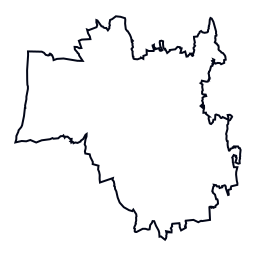 Re nor, Vestfold, Norway
{"feature_id": "86288312B25066460859021", "entity_name": "Re nor", "entity_type": "district", "adm_level": 2, "iso_a3": "NOR", "parent_name": "Norway", "parent_adm1": "Vestfold", "projection": "mercator", "projection_center": [10.283, 59.393], "detail": "fine", "context": "isolated", "style": "outline", "palette": "ink", "viewbox_px": 256, "rotation_deg": 0, "n_neighbors": 0, "source": "geoboundaries", "source_scale": "gbopen_adm2", "svg_char_len": 5769}
<svg xmlns="http://www.w3.org/2000/svg" viewBox="0 0 256 256"><path d="M15.4,142.4L21.7,141.0L26.3,141.3L30.3,140.0L36.2,142.5L41.7,140.3L50.0,139.2L52.5,138.1L53.5,138.7L58.2,138.3L60.6,136.2L62.7,136.1L63.4,135.5L63.7,136.4L65.0,136.6L64.5,137.2L64.7,137.6L65.2,136.8L67.6,136.7L70.2,139.0L71.6,138.9L71.4,140.4L70.4,141.3L71.1,141.7L71.3,142.5L72.3,141.6L73.0,142.0L73.5,143.2L75.2,142.5L77.6,142.9L80.6,141.5L80.8,140.7L83.2,139.0L85.6,134.7L86.6,134.0L86.5,136.6L85.5,139.4L84.7,144.4L85.7,146.5L85.6,148.6L84.9,151.3L85.3,153.5L89.7,154.3L90.4,157.1L92.8,161.9L92.7,164.1L98.5,165.7L98.1,169.5L99.1,171.9L99.7,174.9L99.6,179.0L100.0,182.5L112.9,178.1L112.5,179.9L113.8,181.4L114.4,184.4L114.1,185.9L114.8,186.4L115.1,189.0L116.3,191.3L117.7,197.6L119.7,202.6L123.8,207.2L129.1,210.2L132.3,211.1L133.3,209.6L136.2,214.2L136.5,216.4L136.1,217.2L136.2,220.6L135.6,222.9L135.6,223.8L135.8,223.9L134.3,227.2L134.2,228.4L134.9,228.8L134.7,231.2L135.2,231.9L136.5,232.0L142.7,228.8L145.4,228.8L148.0,229.6L149.6,229.3L150.2,225.1L151.9,222.9L152.6,221.1L154.2,221.2L156.0,225.8L158.6,230.5L159.2,232.7L159.5,236.7L160.9,236.4L165.0,239.7L166.0,238.3L166.4,236.5L166.2,235.8L166.7,234.0L166.1,231.2L168.8,231.7L168.6,232.3L171.5,232.4L171.6,229.8L170.8,228.3L172.2,226.2L171.9,225.1L172.3,223.8L179.1,223.2L179.0,223.7L179.7,224.2L179.7,227.1L181.1,230.4L185.4,228.0L185.1,226.8L185.8,227.0L185.5,224.8L186.2,223.4L185.6,221.1L185.7,220.7L193.5,219.9L198.3,222.2L201.1,220.8L201.9,221.1L210.0,219.9L209.4,207.1L210.1,206.7L211.7,207.8L212.1,207.5L212.0,206.8L213.3,207.0L213.6,207.7L215.4,207.0L215.5,205.8L218.0,203.7L217.8,200.8L217.3,199.3L216.2,199.2L215.0,194.6L212.8,192.6L212.7,191.3L212.3,191.1L213.4,186.5L214.3,185.9L213.9,184.8L216.2,185.2L217.1,186.5L219.0,186.3L219.6,188.0L222.2,187.3L222.1,186.1L224.8,185.3L225.7,186.3L225.9,188.5L228.1,195.0L228.7,194.8L228.7,193.6L228.3,192.3L228.4,191.3L228.0,190.8L228.4,189.9L230.9,189.1L230.8,187.7L231.3,186.3L237.3,184.9L237.4,183.2L236.8,180.8L236.1,174.7L236.2,172.0L237.4,167.2L234.0,167.2L233.3,164.3L233.4,163.5L232.9,162.7L232.7,158.4L232.2,157.7L233.2,155.9L233.9,155.8L233.9,155.1L236.1,155.8L235.9,157.2L236.5,157.4L236.6,158.4L235.4,162.3L238.3,163.7L239.7,163.3L239.5,160.5L240.1,158.4L239.9,157.4L240.2,156.3L240.1,154.3L240.6,150.0L239.8,148.1L238.9,148.1L238.1,146.5L233.8,146.4L233.0,147.4L233.0,147.9L230.9,148.6L229.5,150.6L228.9,150.5L228.3,147.9L228.0,147.5L227.6,144.7L227.7,141.2L226.9,141.0L226.4,139.1L226.6,135.6L226.1,134.0L227.5,128.9L227.2,125.1L228.2,123.8L228.3,120.9L230.0,120.1L232.1,116.8L231.5,115.8L229.9,114.8L227.7,115.0L228.4,117.9L227.9,119.5L222.6,117.0L221.6,118.0L220.8,117.9L219.1,115.5L216.1,114.5L215.3,115.0L215.1,119.6L213.4,119.7L212.9,122.2L211.1,124.0L210.4,123.8L209.8,123.3L208.6,118.7L208.9,116.5L209.2,116.5L205.9,113.8L205.9,112.7L203.4,112.8L203.5,110.6L204.1,108.2L204.0,105.6L203.0,105.5L202.4,107.5L200.6,106.0L203.0,103.8L202.9,102.4L202.1,100.7L202.7,99.6L202.5,97.8L204.2,96.5L206.2,96.1L205.7,94.6L203.1,94.4L202.1,93.7L202.1,91.4L202.8,90.3L202.2,86.9L202.5,84.5L200.7,83.2L201.3,82.9L201.9,80.7L206.3,81.7L207.8,81.6L208.5,80.1L208.8,80.2L208.7,79.8L209.3,79.2L208.9,79.1L209.5,77.6L209.2,77.5L209.0,75.0L208.5,73.2L209.0,72.6L209.0,71.6L209.9,70.6L211.0,66.4L212.4,65.8L212.4,64.3L213.0,64.5L213.4,63.9L212.9,61.8L212.5,61.5L213.0,60.9L212.7,60.7L213.8,60.3L213.4,59.4L214.3,59.8L214.1,60.9L213.7,61.4L213.8,61.8L215.5,63.6L217.8,62.9L220.0,63.1L221.1,64.2L224.2,62.9L224.1,60.1L225.7,59.7L225.3,56.4L224.8,55.4L223.0,53.1L221.4,52.5L221.0,51.8L218.8,50.0L218.5,49.3L218.7,47.1L218.3,45.4L217.8,45.3L216.3,43.0L217.0,44.2L215.1,42.6L215.3,42.4L214.9,42.0L215.4,40.9L215.5,38.8L215.2,38.3L215.4,36.0L216.4,35.7L216.5,34.8L216.0,33.6L216.1,31.6L213.4,21.8L211.7,18.6L210.5,18.0L209.8,19.6L209.4,24.4L208.8,26.0L209.0,26.4L208.6,27.4L208.8,28.4L208.1,29.8L208.0,31.6L207.0,32.4L204.6,32.8L202.4,32.3L201.1,31.0L199.7,31.9L199.4,33.1L198.4,34.2L197.4,36.5L194.0,36.8L194.1,38.8L194.9,42.5L194.4,43.5L194.3,44.9L195.1,45.8L193.5,47.9L193.7,49.1L194.3,50.0L193.6,52.9L192.9,53.5L193.2,55.4L192.6,55.9L192.0,55.6L191.6,53.6L190.0,53.6L190.1,54.4L188.6,55.0L187.8,56.4L186.5,56.6L185.2,51.5L182.0,52.9L180.4,52.8L181.6,48.4L180.2,48.3L180.3,47.4L179.6,47.1L177.5,46.9L175.3,49.3L169.9,50.0L170.0,50.7L167.2,53.0L165.2,49.0L164.6,49.4L163.4,47.5L163.0,44.0L163.1,41.3L161.4,40.7L159.9,41.1L159.7,42.4L160.3,46.3L162.3,50.2L161.0,50.8L160.5,49.9L159.7,50.3L158.9,48.2L155.7,49.1L155.9,48.5L155.6,48.2L154.8,48.4L153.9,46.1L153.9,44.8L152.9,45.4L152.6,44.6L152.6,45.9L153.9,49.5L153.6,51.0L148.7,51.0L146.6,50.0L146.8,54.7L143.4,55.9L143.3,58.8L140.9,57.5L140.6,58.2L137.5,59.3L134.2,59.0L133.5,58.5L133.4,56.7L132.9,56.6L132.5,52.6L132.7,51.7L131.5,49.0L133.0,47.1L132.4,44.9L132.6,43.7L131.8,42.0L132.9,40.9L132.3,40.2L131.6,40.5L131.1,37.6L129.9,34.7L127.4,30.7L127.5,31.4L125.8,29.1L125.1,23.6L125.3,19.7L125.0,18.2L120.5,16.8L115.9,16.3L112.2,19.1L110.1,20.0L109.4,23.7L109.9,25.3L109.3,26.6L109.4,28.2L107.9,30.3L106.3,28.0L105.3,28.1L103.5,27.5L102.8,26.5L101.5,26.3L97.4,20.5L96.4,20.1L96.4,22.5L97.3,25.0L96.5,27.2L88.6,30.2L87.1,29.6L88.1,33.4L89.8,36.4L90.4,39.1L81.7,39.6L78.9,40.8L81.4,48.0L79.3,48.2L77.1,47.0L74.6,46.9L74.9,49.5L77.5,52.5L77.6,53.0L78.7,53.7L79.2,55.6L82.7,60.9L77.5,60.8L63.5,58.5L57.0,58.9L53.6,60.1L53.2,57.8L52.1,55.2L51.4,55.2L51.1,54.2L50.0,53.6L49.2,54.5L49.2,55.2L48.1,55.5L45.7,54.8L44.0,52.8L41.8,51.7L28.0,51.4L28.1,55.1L27.1,70.2L27.2,80.5L27.4,84.9L27.9,86.3L27.9,88.9L26.4,96.7L26.4,99.2L25.1,105.5L25.3,107.9L24.9,107.9L24.0,116.0L22.1,125.3L21.2,127.2L18.6,130.3L18.3,131.8L16.4,136.0L16.3,139.3L15.4,142.4ZM236.2,147.4L235.0,147.6L234.7,147.4L236.2,147.4Z" fill="none" stroke="#020617" stroke-width="2"/></svg>